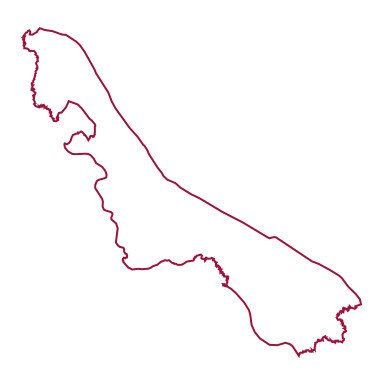 outline of Tha Uthen, Nakhon Phanom, Thailand
{"feature_id": "78962969B23223373784889", "entity_name": "Tha Uthen", "entity_type": "district", "adm_level": 2, "iso_a3": "THA", "parent_name": "Thailand", "parent_adm1": "Nakhon Phanom", "projection": "mercator", "projection_center": [104.479, 17.636], "detail": "fine", "context": "isolated", "style": "outline", "palette": "rose", "viewbox_px": 384, "rotation_deg": 0, "n_neighbors": 0, "source": "geoboundaries", "source_scale": "gbopen_adm2", "svg_char_len": 5817}
<svg xmlns="http://www.w3.org/2000/svg" viewBox="0 0 384 384"><path d="M39.1,107.4L40.2,106.3L39.9,106.0L40.4,106.1L40.8,105.5L41.2,106.8L42.4,106.6L41.9,106.3L42.1,105.3L43.5,105.0L43.4,105.7L44.5,105.8L44.5,107.5L44.9,107.1L45.7,107.8L46.4,107.2L46.3,108.2L47.4,108.5L47.3,109.0L48.6,109.0L49.3,110.2L50.0,109.9L49.9,111.6L50.5,111.2L51.2,112.0L50.3,112.7L50.4,113.5L51.0,113.6L50.6,115.5L51.3,115.7L50.9,116.1L51.5,116.2L51.8,117.6L53.9,118.9L53.2,119.6L53.7,120.9L56.2,121.3L58.3,119.9L58.1,119.0L57.5,119.4L57.0,118.9L57.9,117.8L57.0,117.8L56.8,117.2L57.7,116.6L57.5,116.1L59.0,112.8L61.6,112.6L66.1,107.1L68.8,101.2L77.8,104.5L82.2,108.9L89.5,118.8L91.9,120.6L94.9,124.3L95.4,125.8L94.8,126.5L94.9,132.2L94.5,133.2L94.9,134.4L93.7,136.6L93.1,136.0L92.4,136.7L91.6,135.9L90.4,136.1L89.9,136.7L89.8,138.2L88.4,140.2L86.1,136.2L84.5,135.1L84.8,134.8L82.2,132.1L81.1,131.5L79.2,132.7L77.9,132.5L77.9,133.6L75.4,133.8L74.9,134.4L73.3,134.7L71.7,137.2L70.6,140.9L69.0,143.0L67.0,144.3L64.9,143.4L64.4,144.1L64.9,147.6L67.9,151.3L72.3,153.9L75.6,154.2L85.6,153.7L88.1,154.0L90.5,155.1L93.7,158.5L96.1,163.1L102.3,167.0L105.4,171.1L106.6,174.8L106.2,177.4L104.8,178.2L98.5,179.9L96.8,181.2L95.3,184.7L95.2,188.1L102.2,199.0L102.9,201.6L102.6,206.7L103.8,209.3L104.9,210.2L111.3,212.2L112.3,213.3L112.4,214.9L111.3,217.4L111.5,219.5L116.1,223.4L117.7,228.3L115.9,242.5L117.9,245.4L119.6,246.8L123.5,247.8L124.2,249.4L124.1,251.6L125.3,253.7L126.6,254.0L127.2,255.7L126.9,257.5L125.9,257.5L125.1,258.4L123.8,257.7L122.8,258.9L122.8,260.2L123.5,261.2L123.2,261.8L128.1,267.4L132.2,269.5L138.5,268.8L141.8,269.2L148.2,268.7L150.5,267.9L153.2,266.1L157.5,264.7L160.7,261.9L165.1,260.2L167.5,260.7L168.9,260.2L172.2,262.9L173.7,263.1L174.1,263.8L176.0,263.8L177.4,264.8L180.8,264.9L182.7,264.3L187.0,261.5L193.2,260.6L194.1,259.7L193.9,258.5L194.7,258.1L195.1,256.9L195.8,257.2L196.6,255.8L200.9,254.6L201.9,255.6L201.3,258.0L202.3,259.0L203.6,258.7L204.8,259.4L205.0,260.7L206.1,259.3L205.5,258.2L206.0,257.6L208.0,258.7L210.6,258.6L211.7,257.9L213.8,258.8L212.9,259.9L213.0,260.4L214.6,260.6L215.0,261.9L216.5,262.4L215.9,263.0L216.1,266.2L216.7,266.8L217.5,266.3L217.6,265.4L218.5,265.7L218.3,266.7L219.4,267.0L219.2,267.5L219.8,267.8L219.0,269.2L221.0,269.4L220.1,270.1L220.2,271.1L220.6,270.2L220.7,270.8L222.7,272.2L222.6,272.9L221.9,273.2L223.6,273.7L223.0,274.9L223.9,275.0L224.2,276.6L226.0,276.3L226.6,277.2L227.5,276.6L227.6,277.4L228.2,277.3L228.1,278.2L226.9,278.5L226.5,280.1L227.3,280.1L226.9,280.8L227.4,281.3L227.3,282.5L227.7,282.3L226.5,283.9L226.7,284.7L224.6,284.8L224.2,284.1L223.1,284.1L223.5,284.6L223.2,285.5L227.5,286.7L231.1,288.8L235.7,292.9L244.1,302.4L249.0,310.2L250.2,314.3L251.6,325.0L254.8,332.1L259.9,338.4L269.5,344.8L277.5,345.2L285.4,342.8L289.6,344.0L292.4,345.9L298.8,355.8L299.1,354.4L299.5,354.3L299.4,353.4L300.5,352.7L302.7,352.8L302.9,351.5L303.9,351.9L304.1,351.4L304.7,351.5L304.3,350.9L305.1,351.5L306.0,350.5L306.4,350.9L306.6,350.4L308.1,350.1L310.0,351.7L310.5,351.3L311.1,351.7L311.9,350.7L311.8,350.1L312.6,351.1L312.7,350.4L313.3,350.1L313.0,349.5L313.5,349.9L314.5,349.3L314.8,349.7L314.7,347.2L315.3,345.9L314.9,344.8L315.5,344.0L315.2,343.0L317.2,342.2L318.1,339.7L319.1,340.0L319.4,341.1L321.2,340.6L321.4,339.8L322.9,340.4L322.5,338.9L323.0,337.4L325.1,336.3L325.3,337.5L326.4,337.4L326.1,338.3L327.6,339.2L327.6,339.7L329.2,340.5L330.4,340.2L330.4,339.8L331.9,341.6L332.6,341.3L332.7,342.0L333.9,341.7L334.4,342.2L335.0,341.2L335.3,341.8L335.5,341.0L336.8,340.7L336.6,341.3L338.0,340.8L338.3,341.7L340.3,341.4L342.3,342.3L342.9,340.6L343.8,340.3L344.0,338.9L342.9,338.2L342.4,334.8L344.0,331.9L344.8,332.1L345.8,331.5L345.4,331.1L345.8,330.5L345.0,329.5L345.3,328.6L344.0,328.3L345.3,327.3L345.3,326.4L342.5,325.5L342.6,324.3L343.2,324.3L342.9,323.4L342.2,323.4L342.8,322.8L341.4,321.6L342.4,320.9L342.2,320.4L340.8,320.3L340.7,319.5L339.8,319.3L339.1,319.5L339.0,320.6L338.8,319.7L337.9,319.8L336.6,317.6L338.8,315.1L337.2,314.8L337.9,313.7L339.0,314.4L340.0,311.9L340.8,311.8L340.7,311.1L341.2,311.1L341.6,312.3L342.2,311.2L343.4,312.1L343.6,310.9L342.8,310.3L343.5,309.1L343.1,308.2L343.6,307.7L345.4,308.5L345.3,309.3L346.9,308.9L347.7,310.9L348.6,310.2L348.5,307.3L349.4,307.4L349.6,306.1L350.1,306.6L349.7,308.5L351.5,307.7L354.7,308.8L356.2,307.6L355.4,307.1L355.3,306.3L361.0,304.4L359.9,299.3L356.0,294.3L348.4,286.8L341.8,278.0L338.9,275.5L329.6,269.8L318.5,263.8L312.2,261.5L275.9,237.3L273.9,237.1L269.4,238.2L267.7,237.4L242.5,222.3L222.5,212.0L199.4,198.2L190.8,194.1L180.1,187.4L175.4,183.1L167.4,179.7L163.5,176.1L161.7,172.7L158.0,168.2L148.9,154.1L147.5,150.5L144.4,145.7L143.1,144.7L137.7,136.9L129.5,127.8L115.7,108.6L111.9,101.8L108.3,92.5L96.0,73.2L94.5,69.5L84.8,52.1L80.0,45.3L76.2,41.6L66.0,34.9L61.9,34.5L52.3,31.1L44.7,30.0L39.8,28.2L37.4,30.8L37.3,31.7L32.6,34.6L29.8,34.5L30.3,31.8L29.2,30.4L28.3,30.7L27.1,32.4L26.1,32.6L23.7,35.8L24.5,36.1L24.0,36.5L24.4,36.8L23.8,37.1L24.3,37.2L23.7,38.2L24.3,38.1L24.2,39.0L23.8,39.3L23.3,38.7L23.0,39.4L23.6,40.2L24.0,40.1L23.9,41.0L23.2,41.5L23.7,41.3L23.7,41.8L24.7,42.0L25.2,43.1L24.5,43.0L24.8,44.3L24.1,44.1L24.3,44.7L23.6,45.4L24.4,46.9L24.3,48.3L27.5,48.6L28.7,49.5L29.0,50.6L30.1,51.2L31.5,50.8L34.4,51.2L36.0,53.3L35.3,54.4L37.6,56.3L36.9,57.4L38.0,57.9L37.4,59.7L37.9,61.0L37.3,61.2L36.0,63.2L37.4,66.7L37.4,67.5L36.7,68.1L37.4,68.5L37.2,69.3L35.5,71.3L35.8,73.3L35.1,74.1L35.3,75.2L34.1,78.7L34.4,79.2L33.2,80.6L33.3,82.3L31.7,83.3L32.0,84.9L33.2,85.2L32.3,86.1L32.4,87.2L31.9,88.1L33.0,88.5L32.1,89.3L33.2,89.7L32.1,90.2L33.0,90.7L33.7,90.3L33.5,91.2L35.5,92.8L35.2,94.0L33.7,95.0L34.4,95.6L34.1,97.1L33.5,96.8L34.0,98.6L33.4,99.3L34.8,101.7L34.7,103.2L34.3,103.7L34.7,103.8L34.0,104.3L35.3,104.1L34.5,104.6L35.6,106.1L39.1,107.4Z" fill="none" stroke="#9f1239" stroke-width="2"/></svg>